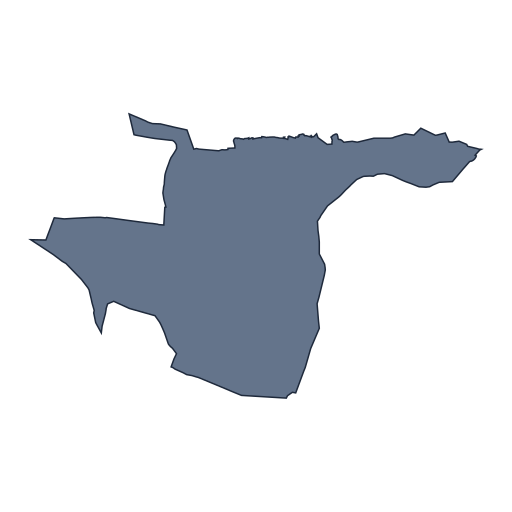 outline of Chanal, Chiapas, Mexico
{"feature_id": "50627088B97747696398754", "entity_name": "Chanal", "entity_type": "district", "adm_level": 2, "iso_a3": "MEX", "parent_name": "Mexico", "parent_adm1": "Chiapas", "projection": "albers", "projection_center": [-92.197, 16.605], "detail": "fine", "context": "isolated", "style": "filled", "palette": "slate", "viewbox_px": 512, "rotation_deg": 0, "n_neighbors": 0, "source": "geoboundaries", "source_scale": "gbopen_adm2", "svg_char_len": 4941}
<svg xmlns="http://www.w3.org/2000/svg" viewBox="0 0 512 512"><path d="M62.2,261.3L66.0,263.5L81.4,279.4L87.9,287.8L89.1,290.0L91.2,298.9L91.9,302.2L92.3,303.8L94.2,310.4L93.7,312.9L95.7,322.6L96.9,324.9L101.3,332.9L102.1,326.2L105.4,313.6L106.1,309.5L106.1,308.7L107.6,303.9L113.7,301.3L129.5,308.5L155.0,315.7L159.5,322.0L160.8,324.4L162.4,327.9L164.5,332.8L167.2,340.6L168.2,343.5L168.6,344.4L170.4,346.5L172.5,348.3L176.5,353.7L174.0,358.9L171.1,366.9L173.1,367.7L175.0,369.1L183.3,372.8L184.4,373.4L186.6,374.6L192.1,375.6L195.6,376.7L197.0,377.1L198.2,377.4L229.7,390.5L229.8,390.6L241.5,395.4L286.3,398.1L287.5,395.7L292.4,392.3L295.7,392.9L303.8,371.0L305.2,367.6L310.7,348.5L319.3,328.3L318.5,321.1L317.1,303.7L318.9,297.4L324.3,275.3L325.3,269.9L325.1,267.6L324.6,264.2L320.3,255.9L319.4,254.2L319.3,253.6L319.3,245.0L319.3,243.3L319.3,242.0L318.8,236.4L318.0,230.5L317.5,222.4L317.4,221.2L320.0,217.4L320.8,215.6L327.5,205.9L339.0,196.8L340.3,195.6L341.5,194.4L345.6,190.0L349.8,186.1L350.4,185.4L351.0,184.8L356.7,179.5L363.1,176.5L364.2,176.3L369.9,176.0L373.4,176.2L377.4,174.2L384.5,173.6L392.3,175.6L402.6,180.4L406.3,181.9L410.8,183.5L419.1,186.8L426.0,187.2L429.7,186.7L433.0,184.9L439.2,182.3L452.4,181.6L463.5,168.5L464.5,167.4L467.8,163.6L469.5,161.7L470.6,161.2L471.7,161.1L472.5,160.6L473.4,160.1L474.7,158.9L475.9,157.1L476.3,155.9L475.8,155.5L475.1,155.2L475.8,154.4L479.7,150.1L480.2,149.8L480.5,149.7L481.3,149.3L480.6,149.2L479.7,149.2L478.8,149.1L477.6,148.7L476.5,148.4L467.6,146.3L466.7,144.4L459.0,141.2L452.2,142.2L450.2,142.1L449.2,142.1L445.2,133.0L436.8,135.1L435.4,135.3L420.8,128.2L413.9,135.1L405.3,133.9L394.4,137.1L392.7,137.9L390.3,138.2L373.9,138.2L357.3,142.2L352.2,141.3L349.7,141.6L349.3,141.6L345.9,142.0L345.5,142.1L344.4,142.2L343.9,142.3L343.7,142.2L342.3,140.8L340.6,139.6L340.2,139.7L339.8,139.5L339.4,139.4L339.2,139.4L338.9,139.5L338.6,139.3L338.1,138.8L338.0,137.9L337.9,136.8L337.2,134.5L336.8,134.2L336.6,134.1L336.3,134.0L336.0,134.0L335.8,134.1L335.6,134.1L335.3,134.2L335.1,134.3L334.8,134.4L334.5,134.5L334.3,134.7L334.0,134.8L333.7,135.0L333.3,135.1L333.0,135.3L332.7,135.7L332.4,135.8L332.3,136.1L331.9,136.4L331.7,136.6L331.5,136.8L331.2,136.8L331.0,137.1L331.0,137.3L331.2,137.5L331.4,137.7L331.6,138.2L331.8,139.1L332.2,139.8L332.2,140.3L332.2,140.7L332.2,141.0L332.0,141.3L332.0,141.6L332.0,141.9L332.0,142.2L331.9,143.5L331.9,143.9L331.9,144.1L327.1,144.4L318.0,137.7L316.6,133.8L313.7,136.7L312.4,136.9L311.5,135.9L311.4,137.0L310.4,136.2L310.3,136.8L309.2,136.6L308.7,136.4L308.1,136.2L305.9,135.6L304.9,135.8L303.8,134.9L303.9,134.4L302.9,134.0L302.4,134.0L301.4,134.4L300.1,134.6L299.0,134.9L299.1,136.0L298.2,135.9L298.1,137.1L297.0,137.0L295.8,137.0L295.4,138.1L294.3,137.8L293.2,137.6L292.2,137.2L291.1,136.8L290.0,136.4L289.0,136.1L288.9,136.1L288.6,137.1L288.4,137.1L288.1,137.0L288.0,138.1L287.7,139.4L286.5,139.0L285.5,138.6L284.3,138.4L284.7,137.1L283.5,137.2L283.5,138.4L282.1,138.1L280.9,138.2L280.1,138.1L279.8,138.1L278.7,137.9L277.7,137.6L276.5,137.5L275.4,137.3L274.2,137.0L273.1,137.0L271.9,137.0L271.3,137.1L270.7,137.1L269.8,137.1L268.5,137.3L267.3,137.3L266.2,137.5L265.1,137.1L264.0,136.9L262.9,136.7L261.8,136.6L261.6,137.7L260.6,137.7L259.5,137.7L257.3,138.1L256.2,138.3L255.1,138.5L254.1,138.7L253.0,139.0L253.0,137.9L251.9,137.8L250.9,138.3L250.4,138.5L249.9,138.7L248.7,139.0L248.8,137.8L247.8,138.2L246.7,138.4L244.4,138.6L243.5,139.3L242.4,138.9L241.5,138.8L240.3,138.7L239.3,138.3L238.2,138.1L237.4,138.5L237.2,138.1L236.7,138.1L235.2,138.1L234.4,138.8L233.7,140.0L233.5,141.0L233.8,141.9L234.1,143.1L234.6,144.7L234.9,146.1L234.9,147.3L234.9,148.0L228.0,148.3L227.9,149.5L226.3,149.8L224.8,149.9L223.2,149.8L222.0,149.7L220.7,150.1L218.8,150.8L217.6,150.7L198.9,149.1L196.4,148.5L193.8,149.2L187.0,130.0L186.3,129.9L186.2,129.8L174.3,127.2L160.4,123.9L152.4,123.6L147.8,122.1L145.6,120.9L129.1,113.9L134.0,134.7L135.9,135.2L143.7,136.6L146.9,137.2L154.8,138.5L164.5,139.6L169.7,140.2L172.5,140.4L174.3,141.6L175.2,142.7L176.4,144.7L176.6,148.0L176.6,148.5L175.7,150.3L173.8,153.4L173.4,154.0L172.5,155.4L170.9,157.8L170.5,158.8L169.6,160.8L169.6,161.0L169.3,161.9L169.0,162.7L168.7,163.5L168.3,164.7L167.7,166.2L166.9,168.4L166.6,169.5L166.0,171.1L165.4,173.2L165.0,174.9L164.8,176.5L164.4,181.3L164.3,182.8L164.3,184.0L164.2,184.3L164.2,184.7L164.1,185.0L164.0,185.4L163.9,185.7L163.9,185.9L163.8,186.1L163.7,186.4L163.6,187.1L163.5,187.7L163.4,189.2L163.1,191.0L162.9,193.0L163.9,199.4L165.3,204.6L165.9,207.1L164.8,207.3L164.2,217.9L163.8,225.0L158.7,224.6L157.6,224.2L152.8,223.5L148.4,223.1L128.0,220.4L114.2,218.5L106.6,217.5L106.2,217.6L105.8,217.7L105.6,217.7L105.3,217.8L104.8,217.8L104.4,217.7L100.6,217.3L97.0,217.3L91.7,217.4L83.3,217.8L73.9,218.3L64.2,218.9L54.3,217.8L53.8,218.9L50.6,227.5L49.9,229.4L48.2,233.8L45.9,240.0L30.7,239.7L53.5,254.7L54.0,255.1L62.2,261.3Z" fill="#64748b" stroke="#1e293b" stroke-width="1.5"/></svg>